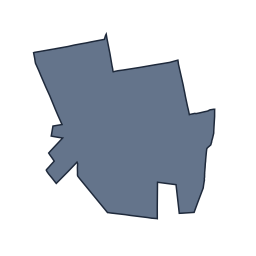 outline of Galiciuica, Dolj, Romania, rotated 258°
{"feature_id": "2599482B18051672506084", "entity_name": "Galiciuica", "entity_type": "district", "adm_level": 2, "iso_a3": "ROU", "parent_name": "Romania", "parent_adm1": "Dolj", "projection": "robinson", "projection_center": [23.4, 44.093], "detail": "fine", "context": "isolated", "style": "filled", "palette": "slate", "viewbox_px": 256, "rotation_deg": 258, "n_neighbors": 0, "source": "geoboundaries", "source_scale": "gbopen_adm2", "svg_char_len": 2049}
<svg xmlns="http://www.w3.org/2000/svg" viewBox="0 0 256 256"><g transform="rotate(258 128 128)"><path d="M221.4,52.1L221.3,51.3L215.3,51.2L212.2,51.0L210.2,51.0L209.1,51.3L202.6,52.7L197.2,53.7L185.2,56.1L175.7,58.2L161.4,60.8L154.8,62.1L145.1,64.2L145.5,55.0L141.5,53.4L137.0,51.6L136.1,51.2L135.6,52.3L133.3,58.0L131.8,62.0L121.7,47.5L120.0,45.2L117.9,46.0L114.5,47.5L111.3,48.8L110.9,48.9L107.6,44.3L106.6,43.0L104.7,40.3L104.1,39.5L103.8,39.3L103.4,39.4L102.6,39.6L101.5,40.0L99.8,40.7L95.2,43.1L91.3,45.0L88.7,46.3L97.9,60.3L105.2,71.0L103.8,71.3L102.0,70.9L100.0,70.3L94.7,69.3L93.0,68.9L92.1,68.8L91.5,68.8L88.9,70.0L49.5,90.4L49.4,91.0L48.4,93.6L43.8,107.4L41.9,112.4L36.3,128.7L34.9,132.3L33.5,137.1L33.2,137.8L44.6,140.2L68.5,145.5L68.8,145.6L65.7,154.3L62.6,163.2L59.5,162.9L38.9,160.9L33.9,160.4L33.5,162.8L31.7,175.1L41.1,181.0L53.7,189.1L56.0,189.9L57.6,190.5L60.7,191.7L61.0,191.9L61.8,192.0L62.6,192.1L64.1,192.7L66.9,193.3L67.3,193.5L67.8,193.5L73.4,195.2L77.4,196.3L79.1,196.9L81.3,197.5L84.8,198.6L88.6,199.8L90.9,200.6L91.4,200.8L91.7,201.1L92.4,202.1L93.5,204.1L94.3,205.5L95.3,206.0L95.8,206.2L96.5,206.7L97.0,206.9L97.6,207.1L98.5,207.5L100.1,208.4L102.0,209.3L103.3,209.9L104.5,210.5L105.0,210.7L105.2,210.8L107.0,211.2L112.2,212.6L121.2,215.1L127.7,216.5L128.3,216.7L128.5,215.9L128.7,212.2L128.6,211.1L128.2,210.6L128.1,209.7L128.0,208.9L128.0,206.3L127.9,201.7L127.9,198.9L127.9,198.7L127.9,197.8L128.0,197.4L128.1,197.0L128.3,196.7L128.4,196.4L128.4,195.8L128.4,195.4L128.4,195.1L128.4,194.4L128.4,193.8L128.4,192.6L128.4,192.1L128.3,190.8L129.9,190.8L133.7,190.8L136.6,190.7L138.9,190.7L146.6,190.7L150.9,190.8L154.0,190.8L158.6,190.9L179.9,190.6L182.0,190.8L184.0,190.9L183.5,182.5L183.9,173.7L184.2,167.7L184.8,152.0L185.7,135.2L186.1,130.2L186.1,125.2L187.5,125.1L188.6,125.3L192.3,125.3L204.5,125.8L219.5,126.0L224.3,126.2L223.2,125.3L219.6,123.3L219.7,119.3L219.9,109.7L219.9,107.3L219.9,105.2L220.1,100.1L220.2,96.2L220.3,92.6L220.2,86.1L221.4,52.1Z" fill="#64748b" stroke="#1e293b" stroke-width="1.5"/></g></svg>